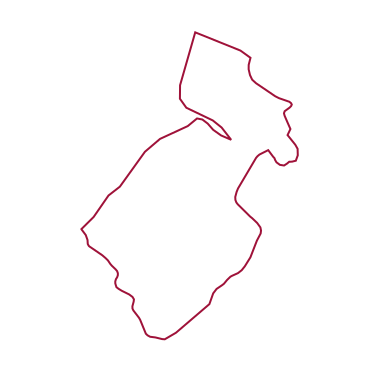 the Province of Samut Prakan, rotated 117°
{"feature_id": "THA-422", "entity_name": "Samut Prakan", "entity_type": "Province", "adm_level": 1, "iso_a3": "THA", "parent_name": "Thailand", "parent_adm1": "", "projection": "robinson", "projection_center": [100.716, 13.596], "detail": "fine", "context": "isolated", "style": "outline", "palette": "rose", "viewbox_px": 384, "rotation_deg": 117, "n_neighbors": 0, "source": "natural_earth", "source_scale": "10m", "svg_char_len": 1609}
<svg xmlns="http://www.w3.org/2000/svg" viewBox="0 0 384 384"><g transform="rotate(117 192 192)"><path d="M275.3,273.7L258.9,268.3L233.0,264.8L220.0,258.7L177.5,252.2L159.2,244.6L135.2,225.7L124.2,220.9L122.7,215.7L123.9,209.1L127.0,201.3L128.4,191.8L127.7,180.8L121.1,194.9L118.8,206.0L119.5,235.3L114.4,245.1L102.3,251.1L48.3,261.6L44.0,213.0L45.9,200.8L53.0,199.2L57.0,197.2L61.5,193.4L64.6,189.4L66.0,184.4L68.9,161.4L68.9,157.1L67.4,146.2L67.9,144.0L68.8,142.8L70.4,142.7L72.4,143.3L77.9,146.1L80.1,145.8L82.0,144.1L86.8,138.3L91.2,132.9L97.9,132.7L103.0,121.4L105.6,117.5L111.3,114.4L117.0,113.7L119.6,116.7L120.9,119.1L123.7,120.3L126.6,122.0L127.9,126.0L127.2,130.2L125.8,132.4L124.4,133.9L123.7,135.8L120.1,143.1L128.0,148.9L130.4,149.9L132.5,150.4L167.9,152.6L171.6,152.3L176.8,151.2L179.4,149.7L181.2,147.7L182.2,145.6L187.5,129.0L188.0,126.6L190.0,119.9L192.5,115.0L195.0,113.0L197.8,112.0L205.9,112.1L223.7,110.3L234.2,111.2L239.1,112.2L243.4,114.2L248.4,118.2L250.0,119.3L254.4,120.8L259.3,121.9L261.4,122.9L267.2,126.1L272.7,127.1L284.0,125.6L324.7,142.4L335.6,149.4L336.6,151.8L338.2,158.6L340.0,163.6L339.9,166.5L339.2,168.8L329.4,180.2L328.1,182.2L324.2,190.4L322.9,192.1L320.9,193.2L316.2,194.2L314.0,195.0L312.5,197.4L311.8,201.5L311.9,209.7L311.6,213.5L311.1,216.1L309.7,217.5L308.2,218.9L306.4,219.8L304.2,220.2L301.9,220.0L299.8,220.3L298.0,221.2L296.5,222.8L295.6,224.9L294.1,229.9L293.2,232.1L291.1,235.9L290.1,239.1L289.1,243.2L287.1,258.6L286.9,259.4L286.4,260.2L285.6,261.3L282.2,263.3L278.6,267.1L275.4,273.6L275.3,273.7Z" fill="none" stroke="#9f1239" stroke-width="2"/></g></svg>